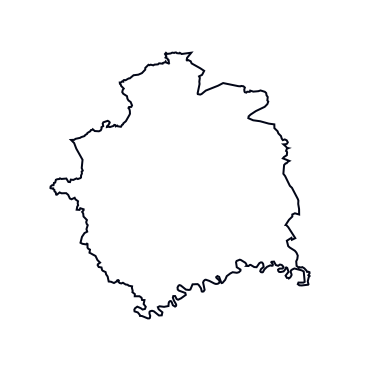 Tepalcatepec, Michoacán, Mexico, rotated 106°
{"feature_id": "50627088B49343756541823", "entity_name": "Tepalcatepec", "entity_type": "district", "adm_level": 2, "iso_a3": "MEX", "parent_name": "Mexico", "parent_adm1": "Michoacán", "projection": "natural_earth1", "projection_center": [-102.812, 19.079], "detail": "fine", "context": "isolated", "style": "outline", "palette": "ink", "viewbox_px": 384, "rotation_deg": 106, "n_neighbors": 0, "source": "geoboundaries", "source_scale": "gbopen_adm2", "svg_char_len": 5995}
<svg xmlns="http://www.w3.org/2000/svg" viewBox="0 0 384 384"><g transform="rotate(106 192 192)"><path d="M76.4,148.0L75.6,149.6L75.5,154.1L76.8,156.0L78.6,160.7L78.5,164.0L79.8,164.1L80.4,166.6L81.5,167.2L81.5,168.7L81.0,169.2L79.2,170.0L77.0,170.0L76.2,171.7L76.5,174.0L77.1,174.6L77.5,176.7L78.7,192.1L82.6,196.2L90.7,206.7L95.2,209.8L96.1,211.0L96.3,213.4L95.5,213.8L86.1,214.5L83.9,215.4L80.2,215.9L78.9,217.1L76.6,214.6L72.2,213.7L70.8,218.1L68.5,227.8L66.7,229.3L66.2,232.2L66.9,233.0L66.6,233.5L64.4,233.7L58.3,231.1L62.2,240.0L61.6,242.1L62.3,242.5L62.7,244.8L62.3,245.6L62.5,246.6L63.2,247.4L63.5,249.4L64.7,250.7L66.1,253.9L65.4,255.4L66.8,256.0L68.5,254.1L70.1,254.5L70.5,252.3L71.5,251.7L71.6,250.9L74.6,249.6L75.0,248.9L74.6,252.7L73.9,253.3L74.6,253.5L76.0,255.5L76.7,255.6L77.4,259.1L78.7,259.9L79.9,263.2L80.9,264.1L81.0,266.8L81.8,267.8L81.7,268.9L85.6,271.1L87.3,270.7L91.5,272.9L94.0,275.9L95.9,280.4L99.9,283.1L100.3,284.2L102.9,286.7L103.1,288.2L103.9,288.8L104.9,288.5L105.1,289.8L106.4,290.6L106.7,291.6L107.9,291.1L108.4,290.1L109.6,289.3L111.4,286.1L113.0,286.7L115.2,286.6L116.5,285.2L117.8,280.9L120.1,279.8L121.5,278.3L122.4,275.8L125.3,273.5L126.9,273.8L127.7,276.0L128.2,276.2L129.0,276.1L129.5,275.1L131.2,274.1L133.9,273.2L135.3,273.4L142.2,275.1L144.9,276.9L146.0,277.0L146.7,277.7L148.9,278.3L149.3,281.4L148.8,282.0L149.9,283.4L148.8,284.1L148.9,285.2L150.3,285.9L152.2,288.8L152.3,290.4L153.0,291.7L152.2,291.8L150.7,290.8L148.0,290.2L147.3,290.8L146.8,292.6L149.4,296.4L150.8,296.7L153.1,295.5L154.7,296.9L156.1,296.4L157.9,296.7L159.3,298.2L160.2,302.3L159.1,304.6L159.6,304.7L160.2,306.1L161.7,306.6L164.1,308.8L165.1,308.9L166.6,310.3L167.9,310.8L169.7,313.5L170.8,314.5L173.0,318.6L174.3,319.6L175.3,322.6L177.4,318.8L182.2,315.2L191.2,306.1L199.4,304.6L201.6,302.9L202.7,303.7L204.6,302.9L206.6,303.2L208.6,302.7L209.3,303.0L211.0,305.3L210.8,306.8L213.1,309.4L213.5,311.9L216.1,312.0L216.4,313.6L213.7,316.5L215.5,321.2L215.3,322.7L216.1,323.2L216.9,325.1L217.8,326.2L220.6,326.1L221.3,327.2L223.6,327.0L224.0,328.3L225.6,329.4L227.2,329.2L227.4,328.6L226.8,326.4L227.6,326.1L227.9,324.9L229.3,324.3L229.9,322.9L231.9,321.9L231.9,321.2L228.9,319.1L229.2,317.1L227.8,312.6L228.9,310.2L231.9,307.6L232.2,305.8L229.9,303.2L231.2,302.0L232.3,299.0L234.3,298.8L236.2,297.8L237.6,298.3L240.8,298.0L240.2,295.2L238.4,294.9L238.5,291.4L239.5,291.2L241.4,292.1L242.6,290.7L245.5,289.5L247.9,285.3L250.1,285.4L251.7,284.4L252.6,283.1L256.8,283.2L259.0,281.8L261.1,284.0L265.4,285.4L271.5,285.2L272.0,283.1L271.6,279.5L270.6,278.8L270.8,278.1L274.3,277.1L275.1,276.1L275.5,274.2L278.6,273.8L280.1,267.1L283.5,264.1L285.2,260.9L287.5,262.6L288.4,262.5L289.8,261.0L289.5,258.2L291.7,257.0L292.3,256.1L292.8,253.0L294.9,251.8L296.5,249.8L301.0,247.4L300.6,245.1L301.0,241.9L299.1,240.1L297.5,239.5L297.0,238.7L297.3,237.9L298.7,237.9L299.4,236.4L299.4,234.8L298.3,233.4L299.2,230.3L298.9,228.3L299.5,227.1L299.2,223.6L300.6,223.4L303.5,221.7L304.7,221.7L305.9,218.8L308.0,218.3L306.7,213.7L307.5,211.4L309.6,210.2L309.0,207.9L313.0,207.6L315.1,204.8L317.4,205.0L318.6,207.1L317.8,209.3L317.3,213.0L319.5,214.7L321.1,215.0L322.6,214.3L322.7,210.9L324.5,208.3L325.4,207.9L325.0,205.8L325.7,199.6L325.3,198.3L324.7,197.8L322.6,198.0L320.8,199.3L319.1,199.8L318.1,199.3L317.2,197.7L317.2,195.8L319.8,189.7L318.9,187.1L315.8,187.3L313.9,191.7L312.1,193.1L310.8,191.7L310.1,187.2L308.1,183.2L305.2,183.8L303.9,183.7L303.0,183.1L302.7,182.3L303.5,181.1L306.1,179.2L306.8,176.7L306.0,176.0L305.0,176.0L304.2,176.5L301.2,179.6L298.8,181.3L297.2,181.3L296.7,179.5L299.1,177.3L299.4,175.7L297.3,173.3L292.6,169.6L290.9,170.6L290.4,177.4L289.7,178.8L287.7,179.6L285.6,179.1L284.9,178.2L285.0,176.9L287.5,170.9L287.0,167.9L286.2,166.7L280.6,166.0L279.0,161.2L279.6,159.8L282.1,156.8L284.9,155.2L284.9,154.4L284.4,153.5L282.6,152.9L275.9,156.4L274.3,156.2L272.9,155.3L272.5,154.5L272.7,150.7L273.8,145.2L273.8,143.6L273.1,141.9L271.9,140.9L269.7,140.9L267.9,144.7L267.2,145.3L265.8,144.4L266.1,142.5L271.2,138.8L271.4,138.4L270.9,137.6L267.3,135.9L263.3,135.4L259.7,132.7L257.9,130.8L257.3,126.6L256.2,124.8L254.3,123.7L253.2,124.0L252.0,128.2L247.4,130.3L246.0,130.1L243.9,127.4L243.9,126.3L245.3,121.2L246.6,119.7L247.5,119.2L248.1,119.5L247.6,117.3L246.2,116.3L245.9,115.6L247.0,111.5L246.5,109.2L241.8,107.6L240.6,106.3L240.5,105.1L241.5,103.8L244.2,102.5L247.3,104.5L249.3,104.6L250.0,103.6L249.9,102.4L249.5,101.8L246.3,101.0L243.2,99.2L241.0,96.6L240.9,94.8L240.5,94.2L239.3,94.3L237.7,96.4L237.2,96.3L236.3,94.0L239.1,91.3L239.2,88.9L237.6,87.6L237.4,86.7L237.5,85.4L238.6,83.7L239.7,83.4L240.6,83.9L241.6,86.9L242.9,87.9L244.0,87.4L244.8,86.2L244.5,84.7L243.1,82.1L240.5,80.9L238.9,81.1L238.5,80.4L238.8,79.5L242.2,77.2L246.6,79.0L248.4,77.1L248.0,75.6L248.4,75.1L247.0,74.0L244.7,73.4L243.7,73.6L241.7,75.1L240.1,75.2L238.8,74.2L237.3,72.5L237.1,64.9L237.6,62.7L247.3,58.9L248.4,59.9L249.7,64.7L251.4,64.9L252.1,63.1L251.6,60.8L249.1,54.8L248.6,54.6L246.0,56.1L241.7,56.3L240.4,55.8L239.9,57.2L237.7,56.6L236.7,57.0L236.6,58.2L237.1,59.3L236.1,60.2L234.4,63.0L233.8,65.3L234.6,66.4L234.6,67.9L235.3,68.3L234.2,71.1L229.9,72.7L227.4,72.3L224.0,72.8L221.4,75.0L220.1,77.0L218.4,82.8L217.5,84.6L212.7,87.4L208.7,83.8L210.4,82.8L207.9,80.0L199.2,89.9L197.8,92.3L197.9,92.9L192.0,91.1L187.9,88.8L186.0,89.4L184.1,87.2L184.1,82.8L178.8,84.4L174.2,86.6L170.9,87.4L169.4,88.5L160.4,97.1L159.1,99.6L151.0,106.9L149.3,109.2L140.7,110.9L138.7,109.9L138.3,109.0L136.4,108.1L135.3,107.0L134.6,113.9L133.0,113.2L130.5,111.0L127.7,111.5L126.9,112.1L126.6,112.9L124.2,112.7L123.3,111.5L123.4,113.0L122.5,114.0L121.0,117.2L120.3,115.2L119.4,114.0L117.8,113.6L116.2,115.3L115.9,117.3L117.1,119.0L116.0,120.4L113.7,121.9L111.9,125.1L110.0,126.5L107.9,130.4L104.3,131.5L105.1,137.0L105.2,146.0L106.2,153.0L105.5,158.2L103.7,158.4L101.5,157.1L96.6,152.9L90.1,145.6L86.8,143.8L84.1,143.6L83.2,144.8L79.8,145.4L78.5,147.0L76.4,148.0Z" fill="none" stroke="#020617" stroke-width="2"/></g></svg>